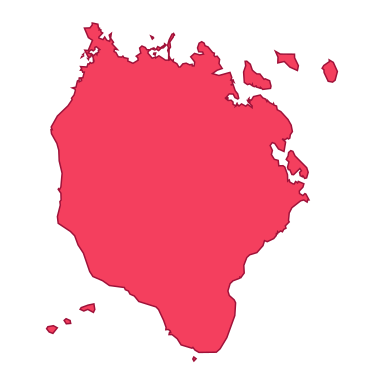 outline of Marinduque, Marinduque, Philippines
{"feature_id": "2640588B36383122170471", "entity_name": "Marinduque", "entity_type": "district", "adm_level": 2, "iso_a3": "PHL", "parent_name": "Philippines", "parent_adm1": "Marinduque", "projection": "natural_earth1", "projection_center": [122.005, 13.38], "detail": "fine", "context": "isolated", "style": "filled", "palette": "rose", "viewbox_px": 384, "rotation_deg": 0, "n_neighbors": 0, "source": "geoboundaries", "source_scale": "gbopen_adm2", "svg_char_len": 5728}
<svg xmlns="http://www.w3.org/2000/svg" viewBox="0 0 384 384"><path d="M97.9,24.2L92.2,23.0L92.2,25.0L89.9,27.9L84.4,28.1L88.4,37.6L92.5,40.3L88.2,50.5L84.8,50.2L87.9,56.3L89.5,57.4L90.9,56.6L91.3,53.9L88.1,52.9L90.3,50.3L91.8,49.8L93.2,50.9L94.9,49.5L94.9,47.4L96.3,46.7L99.8,49.6L98.3,50.3L98.6,52.2L97.2,53.0L96.9,54.7L96.0,53.4L93.7,55.6L92.2,54.4L94.2,61.7L93.4,60.7L93.5,62.5L91.3,63.3L90.1,62.4L89.2,64.0L88.0,63.8L86.9,67.0L80.6,66.6L81.6,68.3L80.5,70.2L82.0,70.2L82.7,72.2L84.3,72.1L82.8,77.8L78.6,78.0L81.4,79.3L81.6,80.6L79.2,81.8L79.0,79.9L77.4,81.0L76.0,87.1L72.3,87.9L75.2,89.2L75.3,90.8L74.1,94.9L71.5,98.3L72.1,99.7L68.0,105.8L57.4,116.0L51.2,127.0L52.2,129.7L51.0,129.6L51.5,133.7L56.9,143.4L58.8,150.3L59.2,160.9L62.1,173.3L60.9,186.9L59.5,189.7L58.6,188.7L58.2,189.3L60.9,193.2L61.1,200.0L59.9,201.6L60.3,205.1L57.4,216.6L58.2,223.3L70.4,231.4L74.7,235.8L78.1,245.0L83.4,253.1L89.7,271.5L92.9,276.5L102.6,280.7L109.4,285.5L124.4,287.5L125.3,289.7L128.4,291.0L130.0,294.1L134.3,296.0L138.8,301.5L156.0,306.9L158.6,309.6L163.6,320.3L166.1,327.4L165.8,329.7L168.3,329.5L170.2,330.8L170.7,332.5L169.5,332.4L169.0,334.6L172.1,334.6L177.2,338.7L181.1,344.9L192.0,348.2L192.9,347.4L195.0,350.1L198.9,352.4L216.3,352.2L220.1,348.8L226.8,337.7L234.8,315.6L235.6,302.8L234.2,299.9L229.3,295.5L227.9,291.0L230.1,283.6L233.0,280.8L239.8,278.2L239.9,277.1L240.9,277.6L244.2,273.0L243.8,265.4L246.8,257.5L249.7,254.8L256.9,252.6L263.0,245.6L264.5,240.6L267.2,241.7L273.7,238.6L276.2,235.6L276.4,233.6L277.4,233.8L277.6,231.7L278.4,232.6L280.7,230.9L282.4,231.8L283.7,229.4L286.0,228.2L285.3,225.9L289.2,221.9L288.5,220.6L289.2,213.0L291.9,207.7L300.7,200.8L303.8,200.0L307.1,202.1L307.7,200.0L309.0,199.9L305.9,194.1L304.9,193.6L302.9,195.6L299.5,193.5L299.3,191.0L302.9,187.2L303.9,183.8L298.3,181.4L297.6,182.9L295.6,181.5L294.2,184.0L292.9,183.8L289.9,182.1L289.2,179.9L287.7,181.1L287.5,174.7L284.8,167.0L283.0,165.7L278.8,165.8L278.2,160.4L274.3,159.3L271.4,154.6L272.4,150.4L270.1,145.5L272.3,142.6L274.8,143.5L278.5,149.0L284.0,151.5L285.6,142.1L282.1,138.9L285.2,139.7L287.2,138.1L288.5,139.0L289.8,138.1L290.3,134.7L292.4,131.6L291.2,125.2L288.0,119.5L280.8,111.6L277.2,109.7L276.5,106.0L274.1,105.2L273.6,103.7L273.3,104.5L269.7,102.7L267.4,100.3L266.9,101.4L265.7,99.1L262.8,97.9L260.3,95.0L253.5,96.6L251.4,100.1L250.0,99.9L249.8,103.5L252.2,106.0L252.1,107.7L247.7,104.4L245.8,106.2L241.5,103.9L239.0,106.0L237.8,104.7L235.7,106.1L237.5,102.5L235.7,105.9L233.1,104.3L233.0,102.0L231.1,100.2L228.1,100.5L225.5,98.4L225.5,97.9L227.8,97.4L226.3,97.2L229.2,93.9L233.2,94.1L235.0,97.6L237.8,99.0L238.7,98.2L237.7,93.9L235.2,90.7L233.1,84.6L230.6,85.0L232.8,84.0L231.8,80.5L233.8,81.9L233.1,80.3L233.8,79.9L230.8,80.1L231.8,77.5L230.0,72.4L218.9,75.5L212.4,73.6L217.2,70.2L222.2,68.5L219.0,63.5L219.6,59.4L217.2,56.2L215.0,56.6L214.0,55.5L214.4,53.2L212.6,52.5L208.0,46.9L205.0,45.7L204.2,43.2L201.7,41.7L199.1,43.2L197.5,47.9L198.7,51.8L202.6,52.0L203.5,54.1L199.7,54.9L194.5,53.4L190.7,56.8L194.7,62.0L194.1,65.9L192.3,65.9L192.1,64.3L189.6,64.8L186.2,63.2L182.9,63.8L180.2,67.0L178.8,67.0L176.9,63.7L173.1,61.6L173.3,59.7L172.2,60.6L170.8,59.2L169.5,59.9L169.8,58.6L170.5,59.1L169.0,55.9L169.1,49.2L170.5,47.1L169.8,42.0L173.2,37.1L173.9,34.3L174.5,35.8L174.4,34.6L173.5,33.6L172.0,34.2L169.2,39.8L167.6,45.3L168.5,47.9L167.7,50.4L168.7,53.1L168.6,60.1L165.5,60.2L158.9,55.8L155.7,57.9L155.5,57.0L152.2,58.2L148.0,53.3L148.1,51.7L150.1,49.8L146.8,49.7L145.3,47.5L141.9,46.0L139.6,48.1L140.8,53.1L136.2,56.2L137.9,57.8L138.1,60.2L133.0,63.3L127.8,61.0L128.0,58.5L123.9,57.6L122.9,56.1L121.7,57.1L118.3,56.8L115.9,52.5L114.0,51.5L114.4,49.1L117.4,49.6L112.1,43.9L113.5,42.3L110.6,38.2L111.3,33.4L109.2,35.1L110.3,38.7L109.6,41.3L106.7,40.2L104.7,37.0L103.0,39.6L98.9,38.1L98.8,37.1L102.7,33.0L100.9,31.8L100.8,29.8L99.1,29.9L99.6,28.3L98.4,27.8L97.9,24.2ZM246.8,61.2L245.1,61.3L245.7,65.8L243.6,72.0L244.3,82.4L247.5,84.6L249.7,83.9L251.9,85.4L252.4,84.4L252.6,85.9L254.3,86.7L256.1,86.0L256.3,87.0L260.3,88.2L260.2,89.0L260.5,87.4L262.7,89.4L270.5,88.4L271.0,86.1L269.6,80.7L265.1,78.8L264.1,79.4L259.9,74.0L256.8,73.9L254.1,71.8L252.3,70.1L250.3,64.2L246.8,61.2ZM290.8,150.6L288.6,152.5L288.1,156.0L286.2,159.4L288.9,161.9L287.5,167.4L288.4,169.7L289.8,169.8L291.9,174.5L293.6,174.7L299.9,168.5L301.4,170.8L299.6,172.4L300.2,175.6L302.4,176.8L302.9,175.9L304.7,178.4L306.6,177.9L308.2,172.3L306.7,167.7L295.0,155.9L292.9,151.4L290.8,150.6ZM275.4,51.3L278.0,57.1L277.8,62.9L284.3,61.5L289.9,67.1L297.4,70.5L298.4,65.7L294.6,57.8L294.5,54.2L280.3,54.1L275.4,51.3ZM329.2,59.9L329.4,61.6L323.8,65.5L322.1,68.3L323.9,69.7L324.1,72.6L328.2,81.3L332.6,82.1L335.1,80.2L337.4,71.5L333.3,62.4L329.2,59.9ZM94.8,309.5L93.9,303.9L88.1,305.1L81.2,307.6L80.1,309.3L83.8,311.0L87.8,309.4L93.4,312.4L94.8,309.5ZM53.4,325.7L47.9,326.7L46.6,328.7L49.2,332.0L52.9,333.4L57.3,327.8L53.4,325.7ZM66.1,318.7L64.1,320.4L66.3,323.8L70.7,323.4L70.1,320.5L66.1,318.7ZM164.6,43.8L164.6,44.9L160.3,47.9L157.7,46.6L156.3,49.1L158.6,50.6L161.1,48.2L163.3,47.8L166.2,45.0L164.6,43.8ZM193.8,357.0L192.8,359.0L193.9,361.0L196.1,358.7L193.8,357.0ZM150.9,36.1L152.3,39.1L153.6,37.9L153.2,37.2L150.9,36.1ZM248.7,100.1L247.4,100.3L248.9,103.1L248.7,100.1ZM155.7,53.0L153.9,53.1L153.5,54.2L155.1,55.1L155.7,53.0ZM228.5,97.7L226.4,98.0L225.9,98.2L228.1,99.8L227.3,98.6L228.5,97.7ZM88.5,59.5L88.8,58.2L87.6,58.3L88.5,59.5ZM153.6,48.0L152.2,48.5L152.2,48.9L153.3,49.4L153.6,48.0ZM155.7,49.3L154.8,48.8L155.0,49.9L155.7,49.3ZM83.5,54.0L82.8,54.7L83.3,54.9L83.5,54.0ZM248.7,99.7L248.9,98.5L248.5,98.9L248.7,99.7ZM151.1,49.2L150.7,48.5L150.8,49.5L151.1,49.2ZM82.6,56.5L81.8,56.5L81.5,57.2L82.6,56.5Z" fill="#f43f5e" stroke="#9f1239" stroke-width="1.5"/></svg>